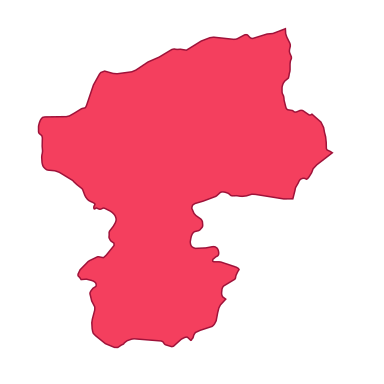 outline of Bamyan, rotated 352°
{"feature_id": "AFG-1743", "entity_name": "Bamyan", "entity_type": "Province", "adm_level": 1, "iso_a3": "AFG", "parent_name": "Afghanistan", "parent_adm1": "", "projection": "equal_earth", "projection_center": [67.218, 34.704], "detail": "fine", "context": "isolated", "style": "filled", "palette": "rose", "viewbox_px": 384, "rotation_deg": 352, "n_neighbors": 0, "source": "natural_earth", "source_scale": "10m", "svg_char_len": 4607}
<svg xmlns="http://www.w3.org/2000/svg" viewBox="0 0 384 384"><g transform="rotate(352 192 192)"><path d="M210.5,302.8L204.4,307.8L202.5,310.5L201.3,313.5L200.7,314.9L198.0,322.9L195.9,325.8L194.6,327.0L193.2,327.9L180.9,330.1L175.9,331.6L175.1,332.4L174.5,333.1L173.9,333.9L172.8,336.3L172.3,337.0L171.2,337.9L170.9,338.4L170.5,338.7L170.1,338.7L167.8,335.8L167.2,335.2L166.9,335.0L166.0,334.9L164.7,335.0L162.2,335.8L160.7,336.4L152.3,342.1L151.4,342.3L150.3,342.3L144.7,339.7L143.9,339.1L143.7,338.8L143.3,338.2L142.9,337.3L142.5,336.5L141.7,335.8L140.6,335.2L114.2,329.3L111.7,329.3L107.2,330.2L105.3,331.2L103.9,332.1L103.3,332.8L102.6,333.2L100.8,333.7L96.9,335.6L93.6,335.1L85.1,330.1L76.6,321.0L75.1,319.0L74.5,318.0L74.2,316.1L74.1,313.4L74.6,307.5L75.6,304.1L79.2,295.5L79.6,293.5L79.7,292.2L77.5,285.9L76.8,278.6L77.0,277.6L77.6,276.6L78.5,275.5L80.5,273.6L81.3,273.2L82.9,272.5L83.5,272.2L84.0,271.6L84.2,270.8L84.2,269.6L83.9,268.6L83.0,267.4L81.9,266.5L80.0,265.5L75.3,263.6L70.0,263.3L69.0,261.2L67.5,259.1L67.6,258.2L67.7,257.5L70.4,253.4L79.5,246.4L81.0,245.7L89.1,243.1L89.7,243.0L90.4,243.1L95.1,244.7L96.3,244.0L98.3,242.6L107.4,234.1L107.6,231.8L105.0,229.4L104.4,228.4L103.6,226.2L103.5,225.2L104.0,223.0L104.3,220.5L104.5,220.1L104.8,219.4L109.3,215.0L111.7,211.9L112.5,210.4L113.0,209.1L113.1,207.7L112.9,206.3L112.5,204.7L111.7,203.2L110.2,201.2L108.4,199.5L103.3,196.0L102.3,195.6L101.6,195.6L99.6,196.2L98.9,196.3L98.4,196.2L97.8,196.1L95.3,194.6L94.9,194.5L94.6,194.6L93.4,195.2L92.9,195.2L92.6,194.8L92.6,193.4L93.0,192.4L94.1,190.9L94.2,190.4L93.7,189.6L92.7,188.8L90.3,187.3L88.8,186.2L87.5,184.8L86.0,182.1L85.3,180.0L84.0,174.1L83.2,173.0L78.9,168.5L76.4,165.4L75.9,164.6L75.5,164.0L63.3,154.0L59.2,151.9L52.5,150.3L51.1,149.7L50.2,148.8L49.8,148.4L48.7,146.9L48.2,146.0L47.9,144.9L47.7,143.5L47.6,141.9L48.0,136.7L48.3,135.3L48.6,134.2L49.1,133.0L49.7,130.7L50.0,125.8L51.3,117.8L51.3,116.6L51.1,115.4L50.5,114.6L49.2,113.2L48.7,112.5L48.5,111.9L48.4,111.1L49.1,105.9L49.4,104.8L50.4,102.4L51.1,101.1L51.8,99.9L52.8,98.7L53.7,97.9L54.6,97.3L56.9,97.2L78.1,99.9L81.2,99.6L86.3,97.6L93.8,94.3L94.9,94.0L97.8,93.8L98.7,93.0L99.7,91.4L109.3,72.3L116.7,62.5L118.3,61.0L122.3,60.1L130.3,63.6L134.3,64.5L149.1,64.6L153.3,63.5L166.6,57.1L178.1,53.9L191.8,48.1L193.5,47.9L194.8,48.0L195.6,48.4L197.5,48.8L200.4,49.0L206.2,50.8L222.1,43.8L231.2,41.7L235.0,41.7L254.4,46.6L256.4,46.8L258.0,46.6L266.0,43.7L267.4,43.7L268.5,44.0L269.2,44.7L270.5,46.6L271.3,47.5L272.5,48.2L273.6,48.4L288.3,46.0L294.2,46.3L307.2,43.3L306.8,48.3L307.4,51.7L309.6,58.3L309.8,59.9L309.6,61.4L308.5,64.2L308.0,66.2L308.1,67.9L309.2,71.9L309.1,73.3L308.6,74.4L308.0,75.3L307.4,76.9L306.9,78.9L306.1,84.6L305.7,86.2L304.7,88.6L304.2,90.4L303.3,92.6L299.5,94.9L298.7,95.7L297.6,96.9L296.9,98.1L296.1,99.8L295.7,101.1L295.1,105.4L295.1,106.5L295.3,107.6L295.7,108.6L296.0,109.6L296.1,110.8L296.1,111.9L296.0,113.2L296.0,114.3L296.7,120.9L297.0,122.4L297.6,123.3L298.3,123.9L302.8,125.3L303.3,125.7L303.8,126.3L304.3,126.8L305.0,127.2L305.8,127.3L306.9,127.2L310.3,126.3L311.4,126.3L312.4,126.5L313.4,127.1L318.6,131.9L319.3,132.2L320.0,132.2L320.7,132.1L321.6,131.6L329.4,140.7L331.3,146.5L331.5,151.5L332.0,155.9L331.8,161.7L331.1,167.7L331.4,168.7L331.8,169.3L334.6,171.1L336.4,172.7L319.4,182.4L315.2,185.8L313.1,189.6L310.0,193.3L308.4,194.8L307.2,195.3L305.5,194.2L304.4,193.9L303.2,193.9L301.4,194.4L300.4,195.1L299.4,196.3L298.4,197.9L295.5,201.6L294.9,202.6L294.1,205.0L290.9,212.8L281.8,211.6L254.5,203.2L251.0,202.5L245.4,203.4L241.2,203.3L238.8,202.8L235.9,201.9L231.4,201.4L230.2,201.0L229.5,200.3L228.7,199.3L227.5,198.2L224.7,196.8L223.0,196.3L221.6,196.1L220.7,196.2L219.8,196.5L215.7,199.3L214.7,199.7L201.7,202.6L193.5,203.8L192.3,204.3L190.8,205.1L190.3,205.9L189.5,208.0L191.0,213.5L192.6,215.9L197.0,220.0L197.8,221.4L198.2,222.9L198.0,226.3L197.7,227.5L197.2,228.3L194.7,230.5L193.9,230.9L193.1,231.2L189.1,231.6L188.2,232.0L187.3,232.7L186.5,233.5L185.8,234.6L185.0,236.1L184.3,238.0L183.3,241.2L183.3,243.5L183.7,245.2L184.5,246.4L185.5,247.2L186.5,247.8L187.5,248.3L197.9,249.3L204.4,249.0L205.9,249.1L207.2,249.5L208.8,250.8L209.5,252.1L209.9,253.5L210.0,254.7L210.0,256.0L209.8,257.0L209.5,257.8L209.0,258.4L208.4,258.9L207.8,259.1L206.6,259.5L203.3,261.6L203.0,262.3L202.9,263.4L203.5,263.9L204.3,264.2L209.1,264.9L210.9,265.4L225.5,272.7L227.3,274.2L227.8,275.4L226.3,277.1L224.2,280.3L223.7,281.3L223.1,283.2L222.7,283.9L222.1,284.4L210.2,289.5L209.1,290.6L208.2,292.3L207.2,296.3L207.2,298.4L207.8,300.1L210.5,302.8Z" fill="#f43f5e" stroke="#9f1239" stroke-width="1.5"/></g></svg>